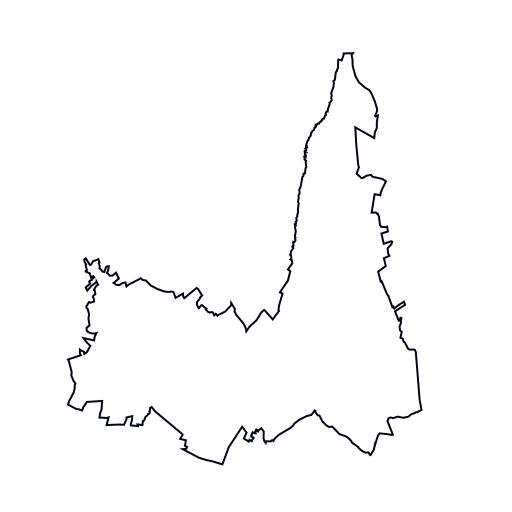 Sarmasag, Salaj, Romania (Robinson projection), rotated 95°
{"feature_id": "2599482B62977732214106", "entity_name": "Sarmasag", "entity_type": "district", "adm_level": 2, "iso_a3": "ROU", "parent_name": "Romania", "parent_adm1": "Salaj", "projection": "robinson", "projection_center": [22.809, 47.327], "detail": "fine", "context": "isolated", "style": "outline", "palette": "ink", "viewbox_px": 512, "rotation_deg": 95, "n_neighbors": 0, "source": "geoboundaries", "source_scale": "gbopen_adm2", "svg_char_len": 6109}
<svg xmlns="http://www.w3.org/2000/svg" viewBox="0 0 512 512"><g transform="rotate(95 256 256)"><path d="M296.1,420.0L297.9,418.8L302.2,422.9L305.2,421.0L300.1,417.4L295.9,412.7L295.4,412.7L298.4,410.8L299.7,412.5L302.7,414.1L304.0,414.3L304.0,413.8L308.1,412.7L309.5,414.4L310.6,415.0L313.5,413.6L315.6,413.5L316.9,416.8L316.4,418.3L321.2,420.7L322.6,420.2L323.2,419.2L327.3,417.6L329.5,417.2L332.5,417.5L339.8,415.8L342.2,418.5L345.2,418.2L346.6,416.2L347.4,412.6L347.4,410.0L346.7,408.3L350.6,409.7L354.2,409.9L352.8,420.7L356.9,417.0L359.9,413.2L366.6,416.1L368.5,418.5L366.3,419.1L365.6,421.4L364.5,423.3L368.6,422.9L370.1,421.8L375.5,434.3L376.7,433.4L387.7,429.5L391.3,429.5L396.5,426.8L398.7,424.7L400.4,425.3L403.9,425.1L407.7,425.7L416.9,429.5L420.4,430.4L424.1,421.6L424.2,419.2L425.1,415.8L421.6,414.8L416.1,411.7L413.8,396.6L422.5,396.5L425.9,397.5L430.6,397.9L430.4,390.8L429.6,388.8L437.5,390.1L435.9,378.3L435.6,372.7L429.7,370.8L428.1,370.9L426.3,365.3L430.1,365.2L434.7,366.1L435.7,365.8L435.7,358.9L434.1,359.4L434.3,354.4L430.4,354.3L430.3,353.8L428.9,352.9L425.9,352.0L423.9,350.1L422.7,349.6L422.4,348.6L420.7,348.1L420.2,348.7L418.9,348.2L416.5,348.2L415.5,346.8L419.4,343.2L440.0,313.7L440.8,313.6L444.8,315.6L445.7,309.8L451.3,310.2L452.2,308.0L454.1,308.7L454.8,312.2L461.9,295.3L463.6,287.5L464.4,281.0L466.5,271.3L448.9,266.5L427.3,254.9L432.8,250.0L438.8,252.2L441.5,247.1L439.8,246.5L440.9,244.1L439.2,243.7L437.7,242.6L437.2,242.5L436.3,244.9L434.9,244.6L434.7,245.1L431.9,243.9L432.7,242.0L432.6,240.9L430.8,241.4L428.8,240.6L428.9,240.1L430.1,239.9L430.6,238.6L429.4,238.2L427.2,235.6L430.2,233.0L436.8,232.6L439.9,231.5L441.5,230.0L439.7,229.7L439.4,225.2L438.0,223.9L438.8,222.5L436.4,221.6L431.8,217.3L424.5,207.0L422.2,204.6L419.6,203.2L415.4,198.6L411.0,191.5L409.5,187.0L404.7,184.1L405.4,183.1L406.4,183.2L408.8,181.1L409.4,180.4L409.6,178.8L414.8,175.6L418.0,172.1L420.0,168.3L419.3,165.1L426.2,157.3L427.8,150.8L429.1,148.5L431.8,145.1L433.7,144.0L437.3,137.6L438.5,136.8L441.0,133.3L442.4,129.7L441.8,126.8L444.4,125.0L444.1,124.4L438.6,121.7L433.3,121.1L433.6,120.9L424.3,118.9L421.9,117.4L422.1,107.9L422.6,104.9L422.1,104.1L408.9,110.7L406.0,109.7L405.1,107.6L405.6,105.4L403.7,100.8L404.3,95.0L402.9,90.3L399.9,87.3L398.9,84.5L397.8,83.3L397.4,81.6L394.8,77.7L385.3,80.4L337.9,88.4L335.7,89.6L335.4,90.3L335.9,94.8L335.1,96.4L329.1,100.3L328.5,101.5L325.7,102.5L324.8,105.0L318.9,104.2L317.6,106.0L313.7,106.9L310.5,105.8L308.5,106.2L308.2,105.8L306.6,106.5L305.8,105.7L305.2,105.8L304.9,106.7L307.3,107.3L307.9,108.2L299.0,112.7L291.6,103.2L288.7,104.6L292.1,109.3L296.3,113.7L294.4,114.7L295.2,115.6L284.1,120.7L282.7,122.1L269.9,128.8L270.5,129.6L260.9,132.9L254.7,125.8L247.1,128.4L244.2,123.1L242.0,124.6L236.9,125.6L232.5,122.1L229.9,121.7L229.5,122.5L232.7,129.8L222.7,133.0L220.1,126.8L215.3,127.9L216.0,129.5L216.0,133.8L214.2,135.2L205.9,137.0L203.2,138.5L203.3,139.1L202.2,140.3L202.7,144.6L184.1,143.2L184.7,137.4L182.7,137.4L178.4,136.2L170.3,133.0L168.2,136.8L166.9,146.8L165.2,148.4L166.3,152.7L169.2,156.8L169.1,157.8L165.2,162.9L158.5,161.2L156.4,162.1L135.3,166.0L119.2,168.3L128.2,148.5L122.5,148.4L118.0,146.8L111.8,147.3L105.4,146.8L106.5,149.1L106.0,149.6L101.6,148.2L99.2,148.1L91.4,151.2L83.8,155.3L80.8,157.7L78.9,161.9L74.1,168.5L68.4,172.5L58.5,176.2L52.0,177.0L47.5,178.3L45.5,177.1L46.6,186.3L48.4,186.3L53.7,187.7L53.0,190.9L53.4,191.2L61.7,190.7L62.9,191.4L64.3,191.4L66.1,192.5L73.5,192.8L75.1,194.2L76.7,193.5L81.2,193.6L87.1,195.3L89.9,194.5L91.6,194.9L94.0,194.2L95.2,194.6L97.0,196.2L98.1,195.8L103.2,197.1L105.8,197.2L105.7,197.9L106.9,198.9L108.0,199.1L109.5,198.6L110.5,199.5L113.3,200.3L113.3,201.3L113.8,201.9L115.1,201.9L115.5,202.9L116.7,203.2L117.0,204.1L118.6,204.7L118.5,205.4L119.2,206.6L120.7,207.2L119.9,207.6L120.0,208.1L122.7,208.1L123.2,209.0L125.1,209.2L127.1,211.0L129.6,212.0L131.4,211.9L133.9,213.6L135.2,213.6L137.0,214.7L140.5,215.6L141.6,215.1L141.9,215.8L142.6,215.7L143.5,214.7L144.5,216.1L144.8,215.4L146.0,215.1L146.9,215.5L146.9,216.6L147.3,216.7L148.4,215.2L148.6,216.4L150.6,216.2L151.1,215.3L152.2,215.0L152.7,215.1L152.3,215.5L152.7,216.5L153.9,215.6L154.1,216.2L155.7,216.0L156.8,214.4L158.2,214.7L163.0,213.6L164.1,214.3L169.4,214.4L169.8,215.8L172.0,215.7L173.1,216.6L183.2,217.6L186.2,218.7L189.9,218.0L192.3,219.0L194.4,218.5L198.5,218.9L199.6,218.1L205.8,218.3L209.4,217.9L211.2,218.5L213.0,218.3L214.6,219.2L217.3,218.5L218.4,219.6L219.7,218.9L220.5,219.1L220.9,220.2L221.8,219.9L222.3,219.0L223.7,219.7L228.1,218.5L232.9,219.0L233.9,218.3L235.2,218.7L236.6,218.0L238.1,218.4L238.7,219.1L238.6,219.8L239.2,219.6L239.4,220.1L242.6,219.5L243.3,220.6L243.8,220.6L244.1,219.8L245.3,219.6L247.8,221.3L250.5,221.8L251.9,221.3L252.1,221.9L253.4,220.9L255.5,220.6L256.4,221.3L257.0,220.0L260.1,219.2L266.6,223.0L268.2,220.5L277.8,222.1L290.1,229.0L291.2,226.3L303.1,228.7L307.8,228.9L308.7,228.3L317.7,233.8L309.0,243.0L309.3,243.5L311.6,245.7L319.8,249.8L327.2,256.5L331.9,259.1L329.2,259.8L324.5,262.4L316.2,270.7L313.0,272.5L310.5,272.5L304.9,276.6L307.3,276.5L314.1,281.9L317.9,288.2L318.9,289.1L317.1,291.0L318.8,292.4L316.1,293.9L315.7,295.2L316.4,297.4L315.7,299.0L313.8,301.3L313.0,300.7L309.6,305.4L310.0,306.3L312.9,308.4L312.3,309.0L309.7,310.6L307.1,310.8L303.9,308.6L301.9,307.9L300.1,306.2L294.1,310.7L293.0,312.4L304.3,323.8L302.9,324.9L299.8,325.5L304.7,332.5L299.2,335.0L298.7,337.1L299.3,338.9L299.5,342.3L299.1,345.4L297.5,351.2L294.6,358.2L290.0,363.6L289.7,366.8L288.3,368.8L295.5,380.2L297.6,382.4L293.7,383.7L294.7,386.8L296.8,389.5L297.0,392.3L295.2,395.5L290.4,390.6L284.8,394.0L288.0,397.1L288.3,400.2L286.9,401.3L285.9,403.0L283.3,402.1L279.1,401.7L279.2,403.3L280.1,404.4L285.2,405.7L284.8,407.8L283.4,408.7L282.1,410.8L279.9,410.7L277.1,412.0L276.3,411.3L272.9,412.7L275.5,418.0L278.8,419.4L279.4,420.7L273.1,425.4L274.5,426.8L276.4,426.4L279.2,424.5L280.1,425.0L284.5,423.3L285.5,423.3L285.8,424.4L286.4,424.3L287.8,420.1L291.8,418.4L290.2,416.3L291.4,415.3L293.2,417.2L294.1,417.4L294.8,419.0L296.1,420.0Z" fill="none" stroke="#020617" stroke-width="2"/></g></svg>